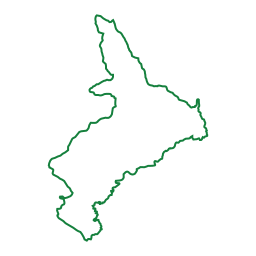 Esparza, Puntarenas, Costa Rica (orthographic projection)
{"feature_id": "36466004B94446731774240", "entity_name": "Esparza", "entity_type": "district", "adm_level": 2, "iso_a3": "CRI", "parent_name": "Costa Rica", "parent_adm1": "Puntarenas", "projection": "orthographic", "projection_center": [-84.661, 9.995], "detail": "fine", "context": "isolated", "style": "outline", "palette": "green", "viewbox_px": 256, "rotation_deg": 0, "n_neighbors": 0, "source": "geoboundaries", "source_scale": "gbopen_adm2", "svg_char_len": 5767}
<svg xmlns="http://www.w3.org/2000/svg" viewBox="0 0 256 256"><path d="M111.6,195.0L112.0,193.0L111.1,191.3L111.1,190.9L111.6,190.8L113.0,191.5L113.5,190.8L113.5,189.9L112.9,189.3L112.6,188.6L112.8,187.8L113.7,187.4L115.2,187.2L118.7,184.6L119.4,183.9L119.4,183.5L119.1,183.2L116.4,183.0L116.0,182.8L115.7,182.1L115.7,181.3L115.9,180.8L119.4,180.5L121.3,180.1L122.4,179.5L123.3,178.4L123.7,177.4L123.6,174.2L125.6,172.2L126.7,171.7L127.6,171.7L128.3,172.0L130.4,173.9L132.2,174.5L133.7,174.3L134.9,173.7L135.9,172.3L136.9,170.6L136.7,169.2L136.9,169.0L138.6,168.3L140.4,167.1L144.4,167.2L146.6,166.5L148.0,165.9L152.2,165.8L154.8,165.4L155.1,165.1L155.1,164.5L154.5,162.8L154.5,161.7L154.8,161.2L155.6,161.1L157.2,161.7L157.7,161.7L158.1,161.5L159.3,160.2L160.2,159.6L160.5,159.2L162.1,158.7L162.3,158.0L162.3,156.6L162.8,155.5L163.0,153.7L164.0,152.0L165.7,150.8L166.3,151.1L167.1,150.8L168.5,149.6L168.8,148.8L169.5,148.4L170.2,148.2L170.5,148.5L172.8,148.1L173.6,147.7L174.7,146.4L175.4,143.7L175.9,142.9L176.4,142.5L178.4,142.7L178.8,142.4L180.1,140.9L182.8,140.6L184.2,139.5L185.8,138.7L189.0,138.5L189.9,138.1L190.3,137.5L190.9,136.9L192.3,136.1L192.3,137.9L192.6,138.4L193.0,138.7L193.4,139.5L196.7,139.2L198.7,138.4L199.1,138.4L199.9,140.0L201.1,140.0L201.9,139.3L202.3,138.0L202.8,137.1L203.9,137.7L204.9,136.6L207.0,136.0L207.2,135.8L207.2,134.8L206.8,134.2L206.8,132.8L206.1,131.2L206.8,130.6L206.4,129.7L206.1,128.5L205.9,128.2L204.9,127.6L204.3,126.9L204.4,126.0L205.2,123.9L205.2,122.6L204.3,120.7L204.3,120.3L204.0,119.5L202.3,118.9L201.8,118.1L201.5,117.2L200.4,115.1L200.4,114.5L200.7,113.6L200.6,113.0L200.2,112.4L199.1,111.9L198.4,111.0L198.6,109.5L198.2,108.5L198.2,107.9L199.2,106.1L199.2,105.0L198.9,102.9L198.8,99.7L198.2,99.3L197.5,99.4L197.2,99.6L196.9,100.7L196.8,104.2L196.4,105.6L195.1,106.0L194.8,107.0L192.4,107.1L191.8,107.5L191.2,107.5L190.5,107.1L189.3,105.6L187.7,104.3L186.9,102.6L185.7,102.0L184.6,101.3L179.2,99.8L178.7,99.2L178.4,98.3L177.6,96.9L174.9,95.4L173.6,94.2L172.6,92.8L170.6,92.2L167.8,90.7L167.2,89.8L166.5,87.4L166.0,86.7L164.9,86.3L162.5,86.3L159.5,85.6L158.4,85.6L157.9,85.8L157.6,86.2L155.3,86.1L154.0,86.3L152.5,85.6L150.2,85.2L148.6,84.4L148.1,83.9L147.3,82.4L146.7,80.8L146.3,79.0L145.5,77.4L145.3,74.6L145.0,73.4L144.8,71.5L144.5,70.7L143.9,69.5L142.5,68.6L142.0,68.0L141.2,64.0L140.1,63.2L139.3,62.2L138.5,60.6L138.3,58.3L135.1,57.6L132.1,56.1L131.4,52.9L131.0,52.2L129.9,51.0L129.8,50.6L129.4,50.3L129.1,49.7L129.0,48.9L128.4,48.0L127.5,44.4L127.2,44.2L126.4,42.2L125.5,40.8L124.5,38.4L123.5,37.1L121.5,33.7L120.4,32.6L119.0,32.0L117.8,31.3L116.2,29.2L115.6,27.7L114.7,23.7L114.4,23.4L114.3,22.7L113.1,20.1L112.2,20.7L111.6,21.5L110.9,22.0L109.5,22.1L108.1,20.7L106.5,20.3L103.3,18.4L100.6,16.1L96.8,15.4L95.9,16.4L95.4,18.2L95.4,19.8L95.8,21.7L95.8,22.2L95.5,23.4L96.8,25.7L97.8,28.6L97.9,30.3L98.9,32.3L103.3,33.6L102.3,36.9L102.2,38.9L102.7,40.1L102.7,40.5L100.9,42.8L99.9,45.2L99.9,46.0L100.1,46.6L101.2,48.4L101.4,49.3L101.6,51.5L102.3,53.7L102.5,55.0L103.4,57.5L103.3,58.9L102.9,61.2L103.2,61.8L105.7,64.0L106.0,66.0L106.0,68.4L106.1,68.8L107.2,70.0L107.6,70.9L108.8,72.0L110.6,74.4L111.3,74.8L113.0,74.8L113.0,76.9L112.3,78.7L110.6,80.1L108.7,80.2L107.3,79.8L106.4,79.9L105.6,80.5L104.0,80.8L101.7,82.0L98.3,84.2L96.6,84.3L94.6,86.0L93.2,86.4L92.2,87.7L90.7,88.3L89.9,89.1L89.5,89.9L89.7,91.1L90.0,91.7L90.6,92.0L92.9,92.3L93.7,92.6L94.6,94.5L95.8,95.0L98.3,95.0L100.0,95.4L101.0,95.4L102.5,95.0L104.4,94.1L106.1,93.9L109.3,93.9L110.2,94.0L110.9,94.4L111.5,95.4L111.6,96.0L113.8,96.5L114.2,96.9L114.5,98.0L115.6,98.4L115.3,102.2L115.3,104.6L115.7,105.8L115.7,106.4L113.7,107.4L112.8,108.3L111.9,114.3L110.7,116.3L109.4,117.4L108.2,117.9L106.7,117.9L105.5,117.7L101.3,118.7L100.0,119.4L98.4,120.7L97.4,121.9L96.1,122.7L94.8,122.9L90.7,122.8L89.3,125.2L88.7,127.6L88.4,128.4L87.0,130.2L86.2,130.7L81.2,131.3L79.3,132.0L75.3,137.0L72.7,138.4L72.1,139.1L69.3,144.9L68.3,146.3L68.1,146.9L68.1,150.2L65.2,152.4L62.6,153.8L60.5,155.6L57.8,156.5L54.9,157.9L52.2,158.7L51.6,159.1L50.3,160.6L49.2,163.3L48.8,165.5L49.4,166.6L49.4,167.4L52.8,169.2L53.2,169.7L53.2,170.8L52.6,173.2L52.8,173.8L53.3,174.6L57.8,176.9L59.9,178.6L62.4,179.8L64.2,181.0L67.7,186.6L69.5,188.0L70.2,189.0L70.9,190.8L72.6,192.9L71.9,194.6L70.5,196.1L67.3,197.5L64.9,198.1L63.8,197.7L62.6,196.5L60.1,196.6L59.9,197.0L59.9,197.6L60.3,198.2L61.2,198.5L63.8,199.0L63.8,199.6L64.4,202.1L64.4,203.5L64.0,204.3L62.6,204.9L61.7,205.6L61.1,207.0L61.1,207.7L60.7,208.3L59.6,208.8L57.3,208.9L57.1,210.5L58.3,213.8L58.2,214.7L57.5,215.1L57.4,215.3L57.6,216.4L58.6,217.9L59.0,218.3L63.1,220.9L64.2,221.8L64.5,222.3L66.0,223.5L73.2,227.7L76.5,230.1L78.2,231.1L80.4,232.0L81.9,234.0L83.7,237.2L84.6,239.5L85.7,239.9L86.1,240.3L86.8,240.6L88.2,239.0L89.4,239.0L90.4,239.3L90.9,239.3L91.4,237.9L91.5,236.0L91.9,235.4L92.6,234.9L94.4,234.8L94.9,234.3L95.7,234.1L97.1,234.2L97.5,234.0L100.4,230.5L100.5,229.7L101.7,229.3L101.7,228.9L100.7,227.7L101.4,226.8L101.3,226.0L100.7,225.3L100.5,223.8L99.5,222.9L99.3,222.2L98.5,220.7L98.5,220.0L98.3,219.9L97.9,220.0L97.6,220.9L97.5,220.0L97.1,219.7L96.8,219.7L95.5,220.8L95.0,221.0L94.4,220.8L93.7,220.2L93.8,219.7L94.2,219.2L95.8,218.3L96.2,217.8L96.8,216.7L97.0,215.7L97.6,215.2L97.7,214.5L97.2,213.8L96.0,213.3L97.0,212.1L96.9,211.7L96.5,211.4L94.9,211.3L94.9,210.8L95.4,209.5L95.4,208.8L95.3,208.6L93.5,208.7L93.3,208.6L93.3,208.2L93.5,207.7L93.6,206.9L92.7,205.9L94.6,204.8L94.6,203.5L95.5,202.5L96.8,202.5L98.5,202.9L98.9,202.0L99.2,201.9L100.4,202.3L100.3,202.9L99.7,203.5L99.8,204.0L100.2,204.0L100.9,203.5L102.6,203.3L103.1,202.4L103.9,202.5L104.4,202.2L105.9,199.8L107.7,198.6L108.1,198.1L108.4,197.7L108.4,197.0L108.7,196.3L110.4,195.0L111.6,195.0Z" fill="none" stroke="#15803d" stroke-width="2"/></svg>